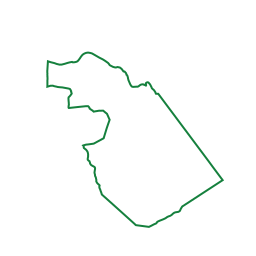 the district of Vanard, Anse-la-Raye, Saint Lucia, rotated 330°
{"feature_id": "8701671B51566327672106", "entity_name": "Vanard", "entity_type": "district", "adm_level": 2, "iso_a3": "LCA", "parent_name": "Saint Lucia", "parent_adm1": "Anse-la-Raye", "projection": "mercator", "projection_center": [-60.995, 13.938], "detail": "fine", "context": "isolated", "style": "outline", "palette": "green", "viewbox_px": 256, "rotation_deg": 330, "n_neighbors": 0, "source": "geoboundaries", "source_scale": "gbopen_adm2", "svg_char_len": 3984}
<svg xmlns="http://www.w3.org/2000/svg" viewBox="0 0 256 256"><g transform="rotate(330 128 128)"><path d="M86.8,81.1L95.4,84.9L102.3,88.0L102.9,88.3L103.0,88.4L103.4,88.6L104.1,89.0L104.3,89.1L104.4,89.4L104.6,89.9L104.6,90.2L104.7,90.8L104.7,91.1L104.7,91.3L104.6,91.7L104.5,91.9L104.6,92.1L104.7,92.5L104.8,92.8L105.0,93.1L105.1,93.4L105.4,94.0L105.5,94.2L105.9,95.0L106.1,95.3L106.1,95.6L106.5,96.7L107.5,97.0L109.3,97.7L111.7,98.6L112.5,99.1L115.2,100.6L116.2,103.4L116.7,104.6L116.9,105.3L116.2,111.7L114.1,113.5L112.6,114.8L109.5,117.5L101.8,124.7L90.5,124.4L85.5,122.4L83.5,121.5L83.3,121.4L81.6,121.0L80.5,120.7L80.4,120.7L80.5,121.1L80.6,121.4L80.5,121.7L80.2,122.2L80.0,122.5L79.9,122.9L79.8,123.2L79.8,123.3L79.9,123.5L80.1,124.0L80.2,124.3L80.6,125.3L80.8,125.7L81.0,127.0L81.0,127.4L81.1,127.9L81.0,128.7L80.8,129.5L80.3,130.8L80.1,131.3L79.9,131.6L79.5,132.1L79.1,132.9L78.3,133.8L77.8,134.4L77.5,134.9L77.3,135.3L77.5,136.4L78.0,137.5L77.9,137.7L77.9,138.1L77.8,138.8L77.4,139.8L77.4,140.2L77.5,141.0L77.5,141.4L77.6,141.6L77.9,142.3L78.8,143.8L79.2,144.5L79.5,144.9L79.5,145.5L79.5,146.0L79.4,146.2L79.0,147.0L78.3,147.8L77.1,149.3L76.6,150.0L76.0,152.1L75.8,152.4L75.5,153.2L75.5,153.9L75.3,155.1L74.9,156.2L74.8,156.7L74.5,157.3L73.8,158.5L73.8,160.3L74.2,161.8L74.5,162.5L74.5,162.8L74.7,163.5L74.5,163.8L73.7,164.6L73.3,165.8L73.2,166.8L73.2,167.3L73.0,168.0L72.8,169.0L72.6,170.4L72.5,170.7L72.3,171.8L72.1,172.4L72.2,172.7L72.2,172.9L77.7,189.6L85.8,214.5L86.1,215.7L86.3,216.1L96.7,224.1L99.4,224.3L102.1,224.4L104.7,224.7L105.8,224.3L106.5,223.9L109.0,224.1L110.9,224.4L113.0,224.7L115.4,224.9L117.4,224.7L118.9,224.8L120.6,225.2L120.9,225.2L120.9,225.6L121.0,225.3L121.1,225.2L122.9,225.0L123.8,224.7L124.8,224.6L125.6,224.5L126.8,224.7L129.7,225.8L130.9,225.8L131.2,225.8L132.0,225.4L132.7,224.8L134.2,223.9L135.7,223.1L183.9,220.5L183.8,219.5L183.8,219.3L183.7,218.9L182.0,204.4L181.1,196.2L181.0,195.7L181.0,195.4L176.1,154.2L171.5,115.3L171.3,113.5L170.8,113.2L170.3,112.9L170.1,112.8L170.0,112.7L169.3,112.2L169.4,111.6L169.6,110.5L169.5,109.7L169.5,108.7L169.2,107.4L168.9,106.8L168.7,106.0L168.6,105.7L168.6,105.2L168.7,104.7L168.8,104.1L168.8,103.6L168.9,102.0L168.9,101.1L168.5,99.3L168.5,99.0L168.0,98.3L167.1,98.0L166.6,98.0L166.4,98.0L165.7,98.3L165.3,99.3L165.1,100.0L164.7,100.2L164.4,99.7L163.8,98.9L163.7,98.8L163.6,98.7L163.0,98.0L162.9,97.7L162.3,97.4L161.9,97.2L160.8,96.9L159.6,96.9L158.5,97.1L157.6,97.1L157.2,97.1L156.1,96.5L154.5,95.7L153.5,95.2L152.8,94.8L152.6,94.6L152.1,94.1L151.9,93.3L151.8,92.7L151.8,91.0L152.0,89.6L152.1,88.7L152.2,88.0L152.3,86.9L152.6,85.9L152.8,85.1L153.1,84.4L153.3,83.7L153.4,83.1L153.6,82.4L153.6,82.0L153.5,81.4L153.3,81.1L153.7,79.8L153.7,79.5L153.3,77.5L153.0,77.1L152.9,77.0L152.7,76.9L152.4,76.8L152.2,75.5L152.2,75.0L152.2,74.8L152.1,74.1L151.6,72.5L151.4,72.1L151.2,71.6L151.0,71.4L150.1,70.6L149.8,70.3L149.3,69.9L148.2,69.7L147.2,69.2L146.0,68.0L145.6,67.6L144.3,65.6L143.7,64.6L143.6,64.4L143.5,63.0L143.3,61.8L142.3,59.6L141.6,58.1L140.5,56.0L138.4,52.8L135.4,47.6L134.1,45.4L132.8,44.1L131.1,42.7L129.3,42.0L128.2,41.8L126.6,41.7L125.1,41.9L123.2,42.6L121.2,43.6L119.4,44.4L117.6,45.0L116.1,44.8L114.8,44.4L113.1,43.6L112.6,42.8L110.3,42.0L108.1,41.4L105.4,40.8L102.2,39.9L100.4,38.9L98.2,36.8L96.8,35.1L93.9,32.3L92.0,30.2L86.8,38.0L86.6,38.2L86.5,38.5L86.2,39.0L85.9,39.5L85.6,40.2L85.4,40.6L85.1,41.0L84.9,41.3L84.6,41.9L84.1,42.9L84.0,43.1L83.8,43.3L83.8,43.5L83.2,44.6L82.7,45.5L82.4,45.9L82.1,46.3L79.5,50.8L78.8,51.9L82.1,52.7L84.1,53.8L84.5,54.3L85.0,54.9L85.5,55.3L85.9,55.7L86.5,56.2L87.6,57.3L89.2,58.5L91.4,60.0L92.0,60.5L96.1,64.0L96.7,64.6L97.2,65.2L97.2,65.6L97.3,66.5L97.2,67.1L97.2,67.6L96.8,68.1L96.9,68.5L96.7,69.1L96.4,70.1L95.7,70.4L95.5,70.5L94.4,71.0L92.9,71.5L92.4,71.6L92.0,71.7L91.8,71.9L91.4,72.3L90.5,74.0L89.6,75.9L89.3,76.6L88.8,77.5L88.4,78.4L88.0,78.7L87.4,79.5L87.0,80.1L86.8,80.4L86.7,81.0L86.8,81.1Z" fill="none" stroke="#15803d" stroke-width="2"/></g></svg>